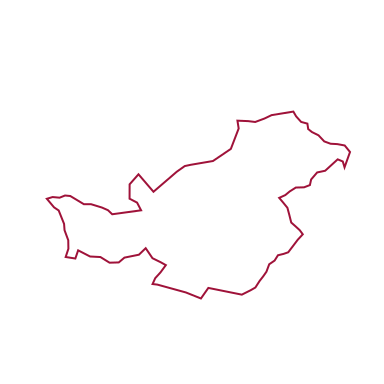 Feliz, Rio Grande do Sul, Brazil (Mercator projection), rotated 215°
{"feature_id": "56859067B13504623121185", "entity_name": "Feliz", "entity_type": "district", "adm_level": 2, "iso_a3": "BRA", "parent_name": "Brazil", "parent_adm1": "Rio Grande do Sul", "projection": "mercator", "projection_center": [-51.284, -29.457], "detail": "fine", "context": "isolated", "style": "outline", "palette": "rose", "viewbox_px": 384, "rotation_deg": 215, "n_neighbors": 0, "source": "geoboundaries", "source_scale": "gbopen_adm2", "svg_char_len": 1302}
<svg xmlns="http://www.w3.org/2000/svg" viewBox="0 0 384 384"><g transform="rotate(215 192 192)"><path d="M92.3,136.5L87.6,145.2L85.3,150.1L85.6,157.9L85.3,163.7L85.3,169.4L87.3,177.1L85.0,183.2L85.3,189.5L81.5,193.8L78.6,197.8L78.3,205.2L78.0,213.5L77.0,220.9L81.8,222.5L87.9,223.3L93.2,223.9L99.2,229.1L104.8,233.8L111.5,235.7L117.2,237.2L113.8,243.0L112.3,248.5L109.5,255.2L102.9,260.1L99.4,265.3L101.6,270.6L100.7,279.8L95.1,285.8L91.4,302.3L86.0,303.5L81.2,299.7L85.5,315.4L93.6,317.7L100.4,314.6L106.2,311.0L112.7,309.3L120.9,311.0L128.1,309.9L132.9,310.2L136.7,314.2L142.8,312.0L150.1,313.7L155.1,316.0L170.9,300.6L174.8,293.7L180.4,285.6L186.6,282.3L195.7,276.5L190.2,270.8L184.9,249.6L192.6,229.4L208.7,213.5L212.8,209.1L216.1,199.9L223.7,170.1L246.0,175.8L247.5,162.5L239.3,150.7L230.9,151.8L223.2,147.8L244.6,128.0L250.4,128.9L256.9,127.6L267.7,124.1L273.5,120.0L289.4,118.9L294.0,116.3L297.2,111.4L303.3,107.9L307.0,103.2L296.2,100.3L290.6,100.4L278.5,92.5L274.5,87.6L265.7,81.5L260.7,74.6L258.2,66.3L249.4,70.6L251.8,78.9L238.5,80.7L229.7,86.2L219.0,86.8L211.6,92.3L209.7,99.5L199.5,110.2L197.7,119.4L186.4,115.1L177.3,116.5L171.5,117.1L171.7,108.1L172.7,100.3L171.5,94.0L167.2,96.3L139.4,106.2L123.6,109.9L123.6,122.8L92.3,136.5Z" fill="none" stroke="#9f1239" stroke-width="2"/></g></svg>